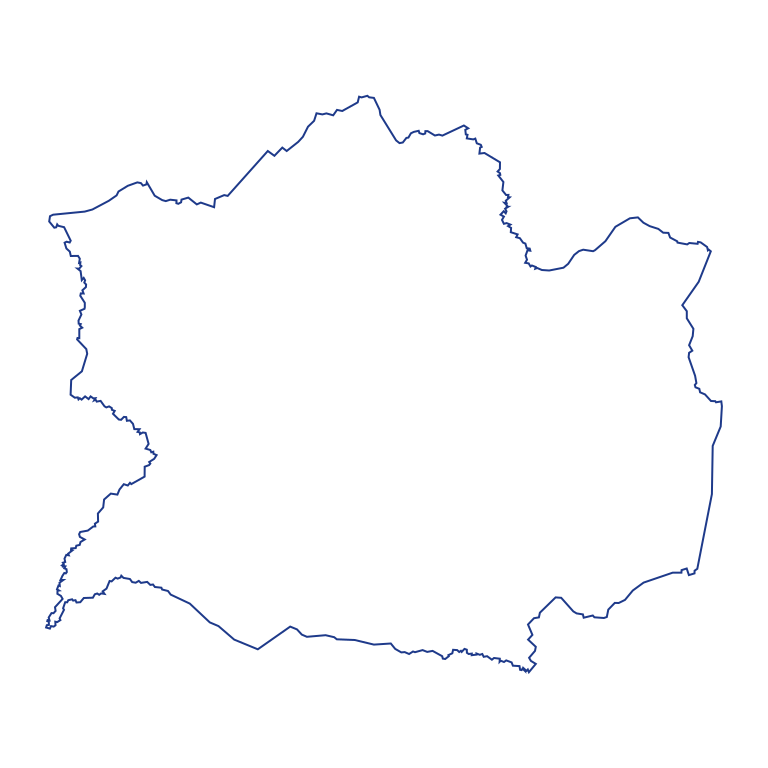 Mueang Udon Thani, Udon Thani, Thailand (Robinson projection), rotated 90°
{"feature_id": "78962969B37195167988634", "entity_name": "Mueang Udon Thani", "entity_type": "district", "adm_level": 2, "iso_a3": "THA", "parent_name": "Thailand", "parent_adm1": "Udon Thani", "projection": "robinson", "projection_center": [102.8, 17.39], "detail": "fine", "context": "isolated", "style": "outline", "palette": "blue", "viewbox_px": 768, "rotation_deg": 90, "n_neighbors": 0, "source": "geoboundaries", "source_scale": "gbopen_adm2", "svg_char_len": 6090}
<svg xmlns="http://www.w3.org/2000/svg" viewBox="0 0 768 768"><g transform="rotate(90 384 384)"><path d="M217.4,130.1L218.3,138.1L226.8,152.6L241.2,162.6L250.2,173.0L251.2,174.9L249.7,184.8L251.1,189.0L254.9,193.8L263.8,199.8L267.7,204.5L270.5,218.8L270.0,226.1L268.0,230.8L268.7,232.7L267.0,232.2L265.5,236.1L266.5,237.5L263.4,239.3L262.8,242.8L259.7,241.0L255.6,242.4L250.3,240.5L250.7,237.7L248.6,238.3L248.2,241.3L243.6,242.6L242.6,245.0L238.2,248.1L237.2,251.8L234.4,250.4L232.2,257.2L227.9,256.9L226.1,259.9L224.6,257.6L223.1,261.4L223.8,264.1L219.9,266.0L216.6,264.1L214.7,267.5L211.2,264.3L213.3,262.3L211.3,261.5L208.7,262.9L206.9,260.0L206.9,261.4L205.8,260.8L202.8,263.6L203.1,261.4L200.7,262.2L197.3,258.3L197.1,260.0L194.9,259.6L195.0,261.9L190.4,265.6L182.0,264.6L175.5,269.7L174.9,267.7L173.2,268.0L171.5,270.4L169.0,268.1L162.3,268.0L153.0,283.5L153.6,288.6L147.6,287.9L146.9,286.3L144.8,287.2L143.3,291.2L138.6,292.7L139.4,294.7L138.4,301.2L134.8,300.5L134.4,302.2L129.8,302.7L128.3,299.8L125.5,304.1L135.6,325.6L134.6,329.0L135.5,333.1L131.1,340.4L131.1,342.6L133.5,342.8L134.3,344.9L133.1,348.6L130.8,349.3L131.9,354.2L133.3,357.1L137.6,359.6L137.9,361.6L142.5,365.2L143.1,368.5L140.4,371.9L115.0,387.6L109.8,388.4L97.9,394.1L97.3,398.9L95.8,400.6L97.4,406.4L96.7,408.9L102.4,410.3L111.0,425.8L109.9,431.0L115.3,434.8L113.4,441.6L114.4,445.6L113.3,451.5L120.8,453.9L126.7,460.0L136.8,465.1L141.9,469.8L151.0,481.3L147.6,485.7L155.8,493.6L151.0,500.2L195.9,540.3L195.1,543.8L199.0,553.0L207.2,553.9L202.6,567.2L204.4,571.2L197.6,579.7L199.6,586.5L202.3,586.9L203.8,589.7L203.2,591.6L200.4,591.5L199.7,597.8L201.1,602.2L200.1,605.8L195.7,613.3L182.2,621.2L184.4,621.6L185.6,625.0L183.1,627.1L182.4,630.7L185.8,640.2L191.5,649.5L195.4,651.4L200.8,659.2L209.5,675.6L211.6,683.3L214.7,714.9L216.2,718.0L221.5,718.8L227.7,713.7L227.3,711.8L224.4,710.8L225.8,709.7L227.2,703.9L240.7,697.3L242.5,698.3L241.7,701.4L242.7,703.4L248.5,701.6L251.6,698.2L256.0,697.2L255.9,690.0L258.7,688.2L262.9,688.9L262.5,687.6L265.0,687.9L266.1,686.6L268.7,688.9L268.6,690.5L271.1,687.4L280.1,686.2L277.9,684.3L280.3,682.9L282.6,683.7L284.5,681.9L287.1,682.1L290.3,685.6L293.5,684.4L293.4,687.2L295.8,687.7L302.8,683.2L307.2,683.2L308.8,683.5L310.8,688.1L314.5,686.6L320.6,689.5L323.7,689.3L324.1,687.3L325.5,688.1L327.7,685.8L329.1,688.7L338.2,688.7L338.0,690.5L339.4,690.9L349.1,681.7L353.8,680.8L371.3,686.1L380.0,696.8L394.7,697.4L397.7,693.2L397.4,690.2L399.4,689.5L398.2,688.2L399.6,686.4L396.4,682.9L399.1,679.4L396.4,677.4L398.4,674.6L398.2,672.5L400.3,673.7L399.7,672.4L401.6,671.3L400.9,667.4L406.3,663.5L407.4,661.7L406.4,658.9L408.1,656.2L409.8,656.1L410.9,653.3L413.8,655.0L419.5,649.2L419.8,646.9L416.9,644.1L417.1,641.8L420.8,641.1L420.4,638.1L423.9,635.0L429.1,633.7L429.2,628.5L431.9,630.4L432.5,628.1L434.1,628.0L432.5,625.2L432.9,622.4L443.9,619.4L448.6,622.4L450.0,617.7L452.3,616.7L451.7,614.7L453.8,614.5L455.1,611.4L458.8,613.8L462.0,618.8L463.6,617.7L465.1,618.9L466.7,623.3L476.6,623.4L484.1,636.7L482.8,638.0L485.5,640.2L484.2,644.2L489.5,648.5L494.6,650.6L493.6,657.2L499.5,663.9L507.4,664.8L513.5,670.1L521.6,669.9L523.7,673.1L526.4,672.7L526.5,674.8L530.6,680.2L532.0,687.8L534.2,688.9L536.9,688.1L539.5,683.3L542.0,687.5L544.9,688.3L545.7,691.7L548.1,692.3L548.4,696.8L550.0,697.0L550.4,695.6L553.7,699.9L555.3,699.2L554.9,701.7L558.6,703.5L562.0,702.8L562.7,705.1L564.1,704.2L565.3,705.8L565.8,704.3L566.6,706.1L566.5,702.7L568.3,703.7L569.2,701.5L572.1,701.2L573.4,702.2L573.0,703.7L575.9,705.6L580.0,707.5L580.0,704.7L582.7,708.5L586.0,708.2L585.5,709.5L589.3,711.0L590.5,709.0L590.7,710.5L593.8,710.6L595.9,707.1L598.9,705.4L607.2,713.0L610.9,712.4L613.2,714.5L613.1,716.5L617.5,719.3L620.4,718.5L620.1,720.4L621.1,720.7L621.5,719.2L624.9,719.1L625.2,721.2L627.5,721.9L628.6,718.1L626.1,717.0L626.6,714.3L625.3,712.5L621.7,712.7L622.1,710.8L620.1,707.6L618.4,708.4L609.8,704.0L608.3,704.9L602.2,702.8L602.3,700.8L600.2,699.7L599.3,695.9L600.6,694.9L600.2,692.5L602.5,691.5L602.2,687.7L598.0,684.2L597.7,675.1L594.3,673.2L593.5,670.8L594.8,668.8L593.4,666.8L593.9,663.5L591.3,665.3L588.6,661.5L581.0,658.4L581.4,656.4L577.7,652.5L578.6,650.3L577.5,647.5L575.7,646.7L577.9,644.5L579.0,638.1L582.1,635.8L582.7,632.3L580.9,629.2L582.9,627.0L581.9,620.8L584.9,617.7L584.5,615.0L587.0,613.1L587.7,606.6L589.5,605.9L591.0,600.0L594.6,597.3L603.6,578.2L622.4,558.2L626.1,549.5L639.6,533.8L649.3,510.2L626.6,477.8L629.4,471.0L634.6,466.2L636.8,461.1L635.2,442.4L637.2,433.8L639.3,431.2L640.0,413.2L644.6,394.1L643.5,377.2L648.9,372.8L652.4,366.7L652.1,363.3L654.0,358.9L651.5,355.0L652.2,353.0L650.1,345.4L651.9,340.8L650.9,335.4L656.2,325.8L658.6,325.2L659.0,322.8L656.2,319.2L655.1,319.6L653.3,315.7L649.8,314.9L650.1,310.8L652.0,308.8L650.8,307.1L651.9,306.3L648.9,303.5L649.7,301.2L652.8,301.1L654.0,299.3L653.6,296.2L655.2,296.3L654.6,291.4L653.5,291.5L654.8,288.2L654.0,285.7L656.8,284.3L656.2,280.9L659.7,276.1L658.0,274.0L658.7,268.2L661.8,268.4L660.7,267.3L662.0,264.0L660.4,261.8L662.4,256.4L665.7,255.1L666.1,248.5L669.8,247.9L670.1,246.4L668.6,245.5L670.7,243.3L668.8,243.8L670.9,241.5L669.5,240.2L672.2,239.1L663.9,232.2L660.9,237.1L657.8,238.9L650.9,233.0L646.8,232.2L639.6,239.9L634.9,235.6L624.5,240.0L618.2,234.0L617.4,229.1L612.7,228.1L597.4,212.4L597.8,206.8L611.4,194.7L613.4,191.4L614.4,185.1L617.7,184.3L615.5,175.2L617.3,173.6L618.0,164.1L617.0,161.2L609.6,159.7L602.9,153.2L603.0,149.3L599.9,143.0L590.5,135.2L582.6,124.4L572.7,95.4L572.7,86.6L570.1,86.4L568.5,81.3L575.1,79.1L573.4,73.5L570.7,73.4L568.8,70.7L494.1,56.1L445.9,55.3L426.5,47.3L406.2,46.1L401.4,46.7L402.3,52.0L401.2,52.7L401.0,57.0L394.4,63.0L392.3,67.9L388.8,68.7L387.3,72.5L385.0,73.2L383.1,71.6L375.8,72.9L357.2,79.4L352.8,78.9L350.7,75.7L345.2,78.9L336.2,75.3L328.8,74.6L318.3,81.2L311.2,81.2L305.2,85.7L281.8,69.3L251.3,57.2L249.6,59.3L250.3,60.1L247.0,60.9L242.4,67.3L241.9,70.0L243.8,70.4L243.0,78.7L244.4,80.8L242.6,90.5L241.3,90.8L237.5,97.9L232.9,99.6L232.7,104.8L228.9,109.7L226.1,118.4L222.7,124.6L217.4,130.1Z" fill="none" stroke="#1e3a8a" stroke-width="2"/></g></svg>